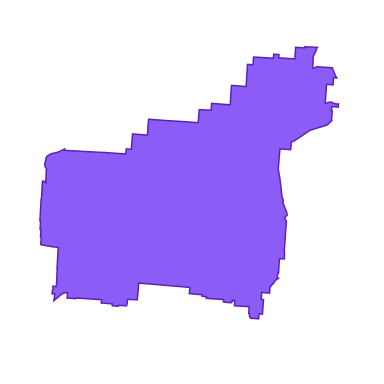 Orange, New South Wales, Australia, rotated 264°
{"feature_id": "25037944B16030223882467", "entity_name": "Orange", "entity_type": "district", "adm_level": 2, "iso_a3": "AUS", "parent_name": "Australia", "parent_adm1": "New South Wales", "projection": "orthographic", "projection_center": [149.098, -33.328], "detail": "fine", "context": "isolated", "style": "filled", "palette": "violet", "viewbox_px": 384, "rotation_deg": 264, "n_neighbors": 0, "source": "geoboundaries", "source_scale": "gbopen_adm2", "svg_char_len": 4689}
<svg xmlns="http://www.w3.org/2000/svg" viewBox="0 0 384 384"><g transform="rotate(264 192 192)"><path d="M322.7,331.7L323.1,329.5L323.9,324.2L324.6,319.3L323.5,319.1L324.4,314.1L325.1,310.2L313.6,308.2L314.6,302.5L316.3,292.5L316.3,292.3L319.6,292.9L320.5,287.6L317.2,287.2L317.2,286.7L316.6,286.6L317.3,282.6L319.8,267.3L314.0,266.3L312.2,266.0L313.1,260.5L299.7,258.3L299.4,258.2L291.2,256.9L291.3,256.6L293.9,242.4L281.4,240.2L281.0,240.2L274.7,239.1L278.1,220.8L277.9,220.8L271.4,219.5L273.1,207.8L271.7,207.5L260.2,205.4L260.3,205.1L261.4,198.9L261.8,197.2L263.0,190.2L265.6,174.7L266.3,170.4L266.4,170.2L268.9,156.5L263.8,155.4L253.2,153.7L256.0,139.0L240.9,136.1L241.7,131.1L236.8,130.1L239.0,117.1L240.4,109.5L240.4,109.2L241.5,102.2L243.4,90.1L243.5,89.5L244.9,81.1L245.9,74.8L246.7,69.7L248.2,69.9L247.8,68.8L246.5,65.6L245.9,63.8L245.8,63.1L245.4,61.7L244.8,55.8L243.4,52.9L242.7,51.5L241.2,50.4L238.9,49.9L237.2,49.2L236.5,48.8L235.5,48.5L235.1,48.4L233.1,48.4L230.1,49.6L221.1,48.2L218.6,47.8L216.5,47.5L216.4,47.5L216.5,47.4L216.6,47.2L216.8,47.0L216.9,46.9L217.0,46.7L217.3,46.4L217.5,46.2L217.8,46.0L217.8,45.9L218.0,45.8L218.1,45.7L218.3,45.5L218.3,45.4L218.5,45.3L218.5,45.2L218.6,44.9L218.4,44.6L218.2,44.4L200.0,41.4L200.2,41.1L199.7,41.0L199.3,41.0L179.1,37.7L179.0,38.4L176.1,37.9L173.6,37.5L173.1,37.4L170.7,37.0L170.6,37.9L162.8,36.6L162.6,37.1L162.0,37.2L155.8,36.1L155.5,36.1L154.3,39.8L153.2,43.9L152.9,44.9L152.8,45.1L152.1,47.4L151.7,49.5L151.5,50.5L151.3,51.5L150.7,53.2L143.3,51.9L142.8,51.8L135.7,50.7L131.3,50.0L129.9,49.7L129.8,50.0L124.6,49.1L123.7,48.9L123.6,49.1L118.1,48.2L112.3,47.2L112.8,43.8L111.8,43.6L111.2,43.9L110.3,43.9L109.5,43.1L107.7,42.7L106.5,42.3L105.3,42.4L105.2,42.4L105.2,42.5L105.3,42.6L105.3,42.8L105.3,43.0L105.3,43.3L105.3,43.5L105.3,43.8L105.2,44.2L105.2,44.3L105.2,44.6L105.2,44.8L100.0,43.8L99.7,43.5L98.4,43.3L100.2,45.9L100.6,46.6L101.2,47.6L103.3,50.5L104.0,51.8L104.5,52.7L105.0,54.2L105.1,55.6L105.0,56.4L104.8,56.4L104.7,57.7L99.5,56.7L99.6,57.0L98.1,65.2L98.7,65.2L98.4,67.2L96.2,80.3L95.1,86.2L95.1,86.4L94.3,90.8L93.0,90.6L91.0,90.2L90.9,91.2L89.0,101.2L87.2,100.8L86.1,106.6L86.9,106.8L86.9,107.0L86.2,111.8L85.9,113.5L85.8,114.5L85.7,115.1L88.6,116.1L92.0,116.6L90.5,126.3L101.7,128.5L102.0,128.5L107.0,129.5L106.4,132.5L106.2,133.4L105.9,135.1L105.9,135.3L104.0,145.2L104.0,145.4L101.8,156.6L100.9,161.4L100.9,161.6L100.1,165.4L99.5,168.7L97.4,179.6L97.4,179.9L91.2,178.7L88.7,191.5L87.2,191.2L86.4,195.4L84.7,195.1L81.8,212.2L79.4,211.7L79.2,213.3L78.9,213.3L78.1,217.4L78.0,217.8L77.8,219.0L77.8,219.3L78.4,219.4L78.7,219.5L78.9,219.5L78.7,220.7L80.1,221.0L79.7,223.2L76.5,222.6L74.7,222.3L74.6,222.5L74.4,222.5L73.9,225.2L72.0,236.9L71.5,236.8L65.3,235.7L65.2,236.1L64.0,236.4L62.7,236.1L60.3,237.1L60.1,238.4L58.9,245.0L63.8,245.9L63.2,249.3L74.3,251.3L77.5,251.9L77.7,251.3L77.7,249.8L78.0,249.6L80.4,250.1L80.8,250.1L84.8,250.8L84.1,254.4L83.4,258.7L89.5,259.5L89.6,260.3L90.1,260.5L90.6,261.1L91.2,261.7L91.6,262.0L91.8,262.1L92.0,262.6L92.2,263.1L92.3,263.3L92.6,263.7L92.9,263.9L93.5,264.0L93.8,264.2L93.9,264.3L94.0,264.3L94.3,264.5L94.5,264.7L94.5,264.8L94.7,265.0L94.8,265.1L94.9,265.3L95.0,265.4L95.0,265.5L95.3,265.8L95.4,266.0L95.5,266.1L95.7,266.3L95.8,266.4L95.8,266.5L96.0,266.8L96.1,267.2L96.2,267.3L96.3,267.5L96.5,267.7L96.5,267.8L96.7,268.0L96.8,268.2L96.8,268.3L96.9,268.5L97.0,268.7L97.0,268.9L97.1,269.0L97.3,267.8L98.6,268.0L98.8,268.1L102.2,268.7L102.1,269.5L116.5,272.0L115.8,276.9L116.9,276.9L119.5,277.4L121.2,277.6L122.5,277.6L122.7,277.4L130.9,278.9L140.8,280.6L146.4,281.6L150.1,282.3L152.8,282.8L153.8,282.6L154.3,282.4L154.9,282.0L155.9,281.2L156.2,281.5L157.6,282.4L158.7,283.9L158.9,284.2L159.3,284.3L162.6,283.9L169.3,281.9L169.7,281.9L171.8,281.3L174.1,281.9L177.7,281.1L177.8,281.0L184.3,281.0L189.7,281.0L193.7,280.8L196.4,280.8L205.6,280.2L205.8,280.2L216.0,282.1L225.7,283.9L224.8,288.8L223.8,294.5L224.0,294.6L228.1,295.4L231.2,296.0L231.9,298.0L232.2,298.9L233.0,300.7L239.0,311.9L239.9,313.7L240.2,314.2L240.6,315.0L240.9,315.9L241.1,316.7L241.3,317.1L241.7,319.0L244.2,331.9L244.4,332.8L244.6,333.3L245.0,334.1L245.4,334.7L247.5,337.1L247.9,338.0L248.2,338.5L249.0,338.3L249.3,338.4L250.8,338.6L251.0,338.7L258.2,339.9L258.3,339.2L262.3,340.0L261.2,346.3L264.3,346.8L264.3,345.5L265.1,342.8L266.7,340.2L267.0,338.1L266.6,336.4L266.5,335.9L266.3,333.8L266.5,333.8L285.0,337.1L283.8,343.5L290.9,344.7L290.3,347.9L293.4,346.6L297.2,345.5L300.9,344.5L303.5,329.3L303.3,328.6L303.3,328.3L303.2,328.3L302.8,327.4L302.5,326.5L302.4,325.2L302.5,324.9L311.9,326.5L313.6,326.4L319.1,329.9L322.5,331.4L322.7,331.7Z" fill="#8b5cf6" stroke="#5b21b6" stroke-width="1.5"/></g></svg>